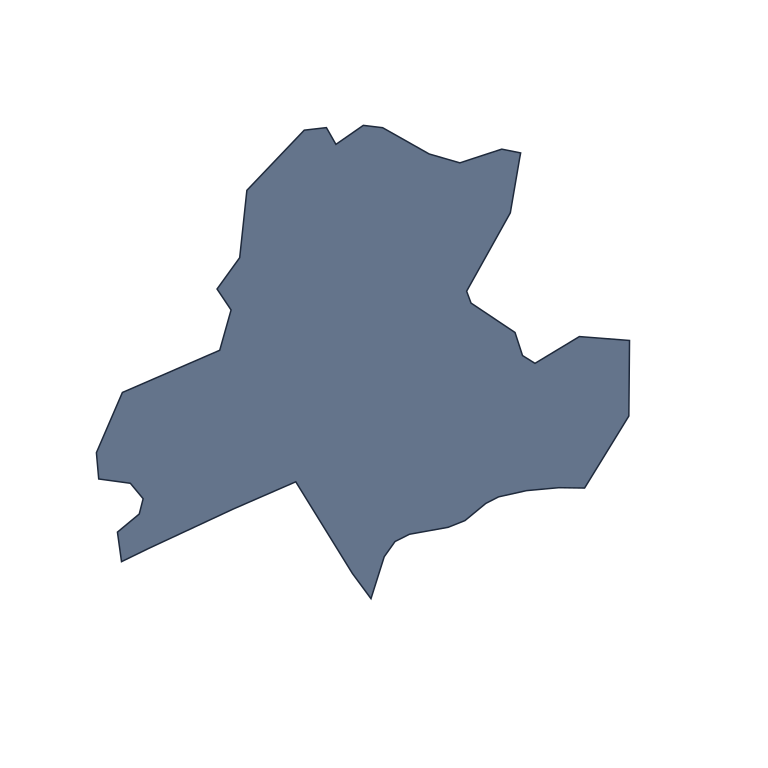 the border of Neath Port Talbot, rotated 293°
{"feature_id": "GBR-2118", "entity_name": "Neath Port Talbot", "entity_type": "Unitary Authority (wales)", "adm_level": 1, "iso_a3": "GBR", "parent_name": "United Kingdom", "parent_adm1": "", "projection": "equal_earth", "projection_center": [-3.738, 51.663], "detail": "fine", "context": "isolated", "style": "filled", "palette": "slate", "viewbox_px": 768, "rotation_deg": 293, "n_neighbors": 0, "source": "natural_earth", "source_scale": "10m", "svg_char_len": 759}
<svg xmlns="http://www.w3.org/2000/svg" viewBox="0 0 768 768"><g transform="rotate(293 384 384)"><path d="M366.6,609.3L356.9,585.5L341.5,556.8L324.9,533.6L313.9,524.4L289.9,511.9L277.2,499.1L255.6,466.1L243.3,455.7L225.1,451.7L181.3,455.9L197.2,429.0L259.5,341.0L209.8,293.9L140.2,231.2L117.9,211.8L143.5,196.5L168.7,209.5L184.3,207.1L193.5,189.3L185.1,158.5L208.4,146.1L274.0,146.5L300.7,171.9L350.9,219.6L392.4,214.3L406.2,193.2L443.9,201.8L508.7,182.1L586.5,211.4L597.5,230.8L585.8,246.1L614.0,263.9L619.4,282.6L613.4,335.7L617.2,367.4L646.2,400.6L650.1,419.5L645.1,420.6L590.9,433.4L501.7,423.8L492.5,432.5L482.6,484.5L464.3,500.4L462.0,514.9L504.0,545.3L520.0,593.0L450.2,621.9L366.6,609.3Z" fill="#64748b" stroke="#1e293b" stroke-width="1.5"/></g></svg>